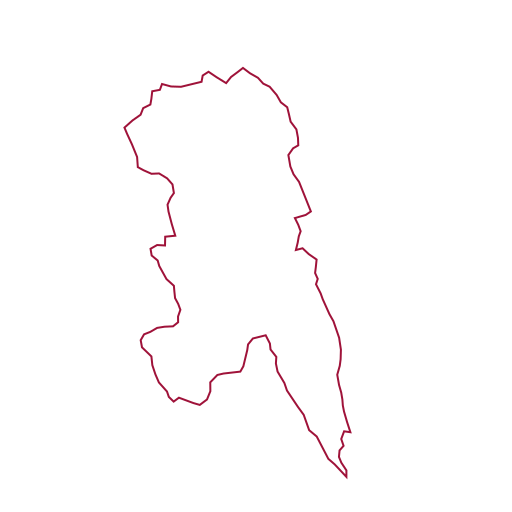 Bom Sucesso de Itararé, São Paulo, Brazil, rotated 294°
{"feature_id": "56859067B48651649714430", "entity_name": "Bom Sucesso de Itararé", "entity_type": "district", "adm_level": 2, "iso_a3": "BRA", "parent_name": "Brazil", "parent_adm1": "São Paulo", "projection": "robinson", "projection_center": [-49.173, -24.325], "detail": "fine", "context": "isolated", "style": "outline", "palette": "rose", "viewbox_px": 512, "rotation_deg": 294, "n_neighbors": 0, "source": "geoboundaries", "source_scale": "gbopen_adm2", "svg_char_len": 1935}
<svg xmlns="http://www.w3.org/2000/svg" viewBox="0 0 512 512"><g transform="rotate(294 256 256)"><path d="M364.3,94.2L357.0,96.5L351.4,97.9L345.2,92.8L338.1,93.1L329.7,88.1L319.8,83.6L315.2,88.5L307.5,97.3L298.1,107.1L289.1,111.9L288.6,118.4L288.6,127.1L292.0,133.9L290.8,143.2L287.4,150.6L280.1,155.4L274.5,154.3L266.9,154.3L261.0,158.0L251.0,166.0L241.7,174.0L236.7,165.2L228.6,168.6L225.8,161.2L219.7,156.7L214.0,160.5L211.9,168.0L207.5,171.7L198.5,183.6L195.4,193.1L190.5,195.8L184.6,199.2L180.6,204.4L176.1,208.8L169.0,209.4L163.8,211.8L158.0,208.8L154.2,201.2L150.1,194.9L143.7,190.3L138.9,185.6L132.2,184.9L126.2,189.0L121.7,201.3L114.1,205.7L107.0,212.2L101.0,218.7L96.0,229.8L91.8,233.7L89.5,240.0L95.2,243.2L96.2,258.7L97.1,265.2L105.0,269.6L113.9,269.3L122.0,265.6L131.6,269.1L135.4,274.1L144.0,288.7L150.1,289.3L166.4,286.3L172.0,284.7L179.4,286.7L187.5,297.1L181.7,304.3L176.5,307.3L172.1,315.6L165.9,317.9L159.2,322.7L151.5,333.6L145.7,339.0L135.2,355.7L130.3,364.2L118.5,375.4L115.8,384.9L100.1,404.6L97.7,412.5L91.0,428.4L96.9,425.8L101.9,418.0L106.2,413.5L112.4,411.4L118.2,413.2L123.5,408.3L131.7,407.8L133.4,413.9L141.4,406.7L149.8,399.6L154.8,396.1L160.0,393.3L165.9,389.4L172.0,384.3L180.6,378.5L189.7,377.2L196.1,375.3L204.9,371.7L215.1,365.2L227.9,353.3L232.7,346.8L243.7,334.5L248.1,330.3L254.6,322.3L260.2,321.7L264.5,316.9L270.1,315.2L277.4,312.8L279.2,303.4L282.0,295.4L277.7,290.0L285.0,288.7L291.4,287.1L296.8,286.7L301.7,281.9L306.5,276.1L313.7,284.7L319.0,288.0L330.6,276.1L341.2,265.2L345.9,257.1L351.7,251.0L361.4,244.5L369.5,246.1L374.3,249.6L381.0,246.3L388.1,241.4L392.8,233.0L399.2,228.2L404.6,224.0L406.5,216.2L411.5,209.4L416.2,199.6L416.4,192.5L419.6,185.3L420.5,176.2L422.5,167.6L416.7,164.5L409.4,160.4L401.8,158.4L403.3,147.3L405.0,137.7L399.2,133.9L393.0,135.4L386.6,127.1L380.1,118.7L376.3,109.4L374.9,100.2L368.7,100.6L364.3,94.2Z" fill="none" stroke="#9f1239" stroke-width="2"/></g></svg>